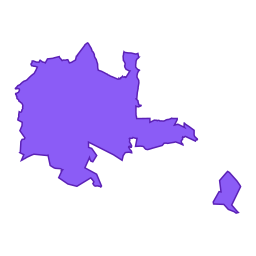 the district of San Cristóbal de las Casas, Chiapas, Mexico
{"feature_id": "50627088B72406563366189", "entity_name": "San Cristóbal de las Casas", "entity_type": "district", "adm_level": 2, "iso_a3": "MEX", "parent_name": "Mexico", "parent_adm1": "Chiapas", "projection": "robinson", "projection_center": [-92.57, 16.664], "detail": "fine", "context": "isolated", "style": "filled", "palette": "violet", "viewbox_px": 256, "rotation_deg": 0, "n_neighbors": 0, "source": "geoboundaries", "source_scale": "gbopen_adm2", "svg_char_len": 5609}
<svg xmlns="http://www.w3.org/2000/svg" viewBox="0 0 256 256"><path d="M139.0,57.2L138.7,57.2L137.9,53.4L135.9,54.1L131.1,53.0L128.0,52.9L124.4,52.3L124.0,51.8L123.6,53.3L123.6,54.2L123.1,56.2L123.4,60.5L124.2,61.4L125.2,63.6L124.9,65.4L124.6,65.9L125.0,67.5L125.9,68.9L126.1,69.4L127.2,69.8L129.2,71.0L129.9,71.0L125.9,77.4L125.6,77.5L125.3,77.3L125.4,76.9L124.7,76.7L124.4,77.0L124.0,77.1L123.3,77.0L122.6,76.6L122.5,76.3L122.1,76.7L121.7,77.2L121.0,77.7L120.8,77.6L120.5,77.8L120.6,78.1L120.6,78.6L119.8,78.9L119.2,78.9L118.9,78.5L118.8,79.0L117.9,79.2L111.8,76.6L110.5,76.2L109.2,75.3L108.0,74.9L107.2,74.1L106.6,74.0L104.3,72.7L101.9,71.5L101.8,71.4L98.3,70.2L97.8,68.4L97.7,67.1L97.6,64.0L96.9,61.9L96.2,59.4L95.4,58.3L94.6,56.8L94.4,55.9L94.3,54.5L93.8,53.3L93.1,52.0L92.1,51.0L91.9,50.4L91.7,49.6L91.0,47.9L90.8,47.7L88.4,43.6L87.7,42.9L87.3,43.0L85.1,44.6L84.1,46.2L77.5,54.9L77.4,55.0L77.4,55.7L76.4,56.1L75.5,60.0L72.0,62.0L71.7,62.3L69.4,62.9L67.8,59.7L66.7,59.8L65.3,60.2L63.5,60.0L63.1,60.1L62.4,60.5L62.1,60.6L61.9,60.4L61.3,59.5L60.0,58.1L59.3,57.1L59.2,56.6L58.5,56.8L57.5,57.0L54.3,57.8L52.8,58.3L47.5,58.9L45.6,62.3L45.2,62.9L44.9,62.6L43.8,62.2L42.7,62.1L40.1,60.2L39.8,60.5L39.2,61.9L38.9,62.3L37.9,62.1L36.8,62.2L33.1,60.9L32.1,61.1L32.1,62.3L31.7,63.1L31.3,63.4L31.0,64.1L31.1,64.8L31.5,65.1L31.8,65.8L32.5,65.8L33.6,66.2L35.6,66.4L36.2,66.7L37.3,67.1L36.3,69.3L36.2,69.8L35.7,70.4L35.6,70.9L34.9,72.0L34.1,73.5L32.4,74.7L32.2,75.0L31.5,75.4L30.4,76.5L30.0,76.8L27.9,78.9L27.2,79.7L25.8,80.6L23.9,81.2L23.6,81.5L22.2,82.4L21.8,82.9L20.7,83.8L20.4,84.4L19.4,84.9L18.8,85.2L17.9,85.6L17.5,86.1L17.0,86.6L16.8,87.2L16.3,87.5L16.2,87.7L15.7,88.0L15.4,88.4L15.4,88.6L15.5,88.8L16.0,88.9L16.8,88.7L17.9,88.6L19.0,88.8L19.4,89.4L19.4,90.4L19.3,90.8L19.1,91.0L18.6,92.1L18.4,92.4L17.3,92.8L16.5,93.5L15.8,93.4L15.7,93.5L15.6,93.8L15.7,94.4L16.1,94.6L16.3,95.1L16.4,95.4L16.3,95.9L16.7,96.3L16.9,96.6L16.9,97.7L17.0,98.5L17.4,98.9L17.9,99.2L18.5,99.8L18.7,100.2L19.0,101.2L20.1,101.8L20.6,102.5L21.6,103.0L21.8,103.3L22.0,103.5L22.2,104.1L22.5,104.5L22.8,105.3L22.8,106.3L22.6,106.8L22.6,107.6L22.7,107.8L22.8,108.4L22.6,108.9L22.1,109.5L22.1,109.9L21.8,110.2L21.7,111.0L21.5,111.6L21.2,111.9L20.8,112.1L20.4,112.3L20.1,112.2L19.2,111.7L18.7,115.0L18.7,115.6L18.8,116.1L18.8,116.6L18.1,118.3L17.9,119.3L17.9,120.0L22.2,122.3L22.0,125.7L19.9,130.7L24.9,137.8L24.6,138.6L24.3,139.1L23.3,139.2L22.1,139.4L20.9,141.6L20.3,152.2L19.8,152.6L23.8,154.7L21.4,160.4L22.8,159.7L22.8,159.4L24.8,158.6L26.8,157.3L31.8,155.0L33.9,154.2L47.0,155.5L48.0,155.2L50.2,165.5L53.9,167.8L55.3,168.3L60.5,168.7L61.8,169.5L62.7,169.8L61.2,170.9L61.7,171.2L58.7,177.7L67.9,184.0L76.9,186.3L90.7,177.9L90.8,178.1L91.1,178.2L91.4,178.4L91.7,179.0L91.8,179.2L92.4,179.4L92.4,179.7L92.7,180.2L93.2,180.9L93.5,181.1L93.9,181.9L92.9,183.6L93.6,184.8L94.5,185.8L95.4,186.1L97.1,185.9L97.9,185.9L99.1,186.3L99.8,186.3L100.2,186.5L100.6,187.0L100.8,187.0L101.5,186.0L96.6,174.2L84.9,167.8L89.5,157.5L89.9,159.2L90.9,161.1L92.8,161.8L96.7,155.5L91.7,148.4L88.6,147.4L88.5,142.1L113.4,154.7L122.1,160.3L123.2,155.6L125.2,152.7L125.8,152.5L129.1,152.2L131.7,152.8L131.7,152.5L131.6,151.9L131.2,150.9L130.9,150.4L130.2,149.9L129.5,148.8L129.3,148.0L128.7,147.5L128.6,147.1L128.7,146.7L129.1,146.4L129.4,146.3L129.9,146.2L130.5,147.2L130.8,147.3L131.0,147.2L131.2,146.9L131.4,147.0L131.5,146.6L131.6,146.0L131.6,145.8L131.4,145.2L131.1,144.8L130.6,143.7L130.2,143.1L130.0,142.7L129.5,142.0L129.6,141.0L129.8,140.2L129.8,139.8L129.3,138.6L129.5,138.3L132.1,138.3L132.9,137.8L133.0,137.5L135.6,138.3L137.0,138.4L135.5,146.4L140.6,146.1L143.0,146.4L143.7,146.8L144.5,148.0L145.7,149.2L147.6,149.6L150.6,148.8L152.4,148.2L162.1,145.5L162.3,145.4L164.1,143.2L166.3,143.1L167.5,143.4L172.3,142.6L174.2,142.3L175.5,141.9L179.7,143.4L182.9,144.9L182.8,144.2L181.6,143.0L181.4,142.1L181.2,140.8L182.5,139.4L182.6,139.2L182.7,138.7L182.4,137.7L182.8,136.9L183.1,137.2L183.5,137.3L184.3,137.1L184.9,136.5L185.2,136.4L185.4,136.4L195.4,141.1L195.7,140.4L196.6,139.8L197.1,139.8L197.3,139.7L197.4,139.2L197.1,138.7L196.8,138.7L196.6,138.5L196.4,138.1L195.8,137.6L195.5,137.2L194.8,136.7L194.5,136.3L194.4,135.7L194.1,135.0L194.1,130.3L189.1,126.6L185.3,124.1L184.7,123.4L184.5,123.1L184.2,123.1L184.1,125.8L184.0,126.4L184.1,126.8L184.5,127.4L177.8,124.2L177.1,124.6L176.2,124.5L175.8,124.8L175.4,124.8L175.2,124.9L174.4,125.1L177.0,120.1L177.2,119.5L177.2,118.5L172.7,118.5L172.4,118.4L171.9,118.5L171.7,118.2L169.7,119.1L167.9,119.6L167.4,119.5L166.1,119.9L164.8,120.7L163.3,121.1L161.4,120.9L160.9,121.0L159.6,120.8L158.9,120.3L157.5,120.5L157.2,120.7L157.0,120.4L156.7,120.3L155.6,120.2L155.0,120.3L154.6,120.1L153.9,120.3L152.3,121.2L149.9,122.3L149.9,118.4L136.7,118.6L136.5,117.7L136.6,117.2L136.3,116.4L136.0,114.9L136.0,113.4L135.9,111.8L136.0,107.2L135.9,106.2L136.4,106.4L138.5,106.9L140.9,105.9L141.1,105.6L141.0,105.3L140.9,105.2L140.4,105.3L139.5,105.1L138.9,104.8L138.6,104.1L138.6,103.7L138.2,102.5L138.0,100.8L137.1,99.8L136.5,99.4L136.1,98.8L136.8,98.5L137.3,92.6L138.1,88.5L138.1,87.4L138.9,82.9L138.7,80.3L137.2,77.7L137.0,77.1L137.0,75.5L137.4,73.5L137.8,72.4L138.7,70.9L139.4,70.2L138.7,69.7L137.6,69.5L137.5,69.2L136.5,68.1L135.8,67.3L135.7,66.8L135.7,64.4L135.9,63.2L136.0,61.7L136.2,60.6L136.7,59.6L137.4,58.6L138.0,58.3L139.0,57.2ZM219.6,180.5L221.0,191.9L219.1,191.6L213.2,202.0L213.6,204.0L223.8,204.4L228.3,209.4L234.2,211.7L236.1,213.1L238.3,212.5L237.1,211.3L231.7,205.0L240.6,186.6L240.0,185.4L236.9,180.9L229.4,172.5L227.6,171.4L226.1,173.0L219.6,180.5Z" fill="#8b5cf6" stroke="#5b21b6" stroke-width="1.5"/></svg>